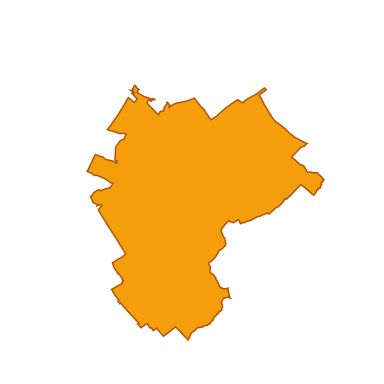 Vinderei, Vaslui, Romania (Robinson projection), rotated 146°
{"feature_id": "2599482B12696403630714", "entity_name": "Vinderei", "entity_type": "district", "adm_level": 2, "iso_a3": "ROU", "parent_name": "Romania", "parent_adm1": "Vaslui", "projection": "robinson", "projection_center": [27.79, 46.151], "detail": "fine", "context": "isolated", "style": "filled", "palette": "amber", "viewbox_px": 384, "rotation_deg": 146, "n_neighbors": 0, "source": "geoboundaries", "source_scale": "gbopen_adm2", "svg_char_len": 5961}
<svg xmlns="http://www.w3.org/2000/svg" viewBox="0 0 384 384"><g transform="rotate(146 192 192)"><path d="M299.0,167.2L299.3,166.1L298.7,166.1L298.4,163.9L298.4,162.0L298.3,161.4L298.7,157.7L298.5,156.7L300.2,156.8L300.6,155.2L313.1,156.2L313.6,149.5L313.4,147.1L312.9,143.8L314.0,143.6L314.5,142.7L314.6,142.1L314.4,141.3L314.3,139.7L313.3,139.9L312.8,135.2L312.3,132.5L312.0,129.2L311.4,125.4L309.8,115.5L309.1,113.4L311.0,113.1L310.4,109.7L310.3,108.1L302.8,108.0L302.8,106.5L303.1,103.0L301.6,102.2L301.7,99.0L301.1,98.6L297.6,99.0L296.3,88.4L290.9,88.7L290.0,88.6L280.9,89.3L278.5,74.3L278.0,72.4L278.1,71.6L276.4,72.4L272.0,75.1L271.1,75.5L270.3,75.7L269.0,75.4L267.6,75.8L265.9,75.7L264.7,76.2L263.4,76.3L262.5,76.0L259.7,74.5L258.6,74.2L256.6,74.2L254.1,72.9L252.4,73.1L251.1,72.7L249.2,73.6L248.3,73.9L246.9,73.8L246.3,74.0L245.2,74.6L245.0,75.0L244.0,75.3L243.6,75.8L242.5,76.2L241.7,76.0L240.4,76.4L239.9,76.7L237.8,76.7L236.9,77.1L236.3,77.6L235.8,77.8L234.1,77.2L232.7,78.3L231.7,78.9L230.7,80.1L229.7,82.8L229.8,83.4L229.6,83.5L227.5,85.2L225.7,86.1L224.6,86.1L224.0,85.5L222.9,85.5L221.9,85.2L220.6,84.2L219.9,83.0L219.6,82.7L219.7,83.3L219.0,84.8L218.2,87.3L217.3,89.4L216.7,90.4L216.0,92.4L216.7,92.4L219.1,93.4L219.8,94.0L220.4,95.1L221.3,96.0L221.2,96.3L221.8,96.6L221.6,100.3L221.1,102.4L220.9,104.8L220.9,105.9L220.8,106.8L220.3,107.7L220.4,108.8L220.3,109.2L220.3,110.2L220.6,111.0L220.6,111.4L220.8,112.4L221.5,113.8L221.7,115.7L221.3,116.7L221.0,117.0L219.8,118.0L219.2,119.0L218.6,119.3L218.4,119.9L218.6,120.6L218.4,121.4L218.7,122.2L218.6,122.9L217.8,123.8L215.0,123.8L213.0,124.3L212.0,124.2L209.4,124.9L206.8,125.9L206.2,126.3L205.1,126.5L204.7,127.0L202.3,128.1L201.5,128.2L200.0,128.0L198.2,128.2L194.2,129.1L193.3,129.7L192.8,130.5L190.7,135.3L191.0,138.1L190.2,140.0L190.0,141.9L189.3,144.1L188.7,144.5L187.6,145.0L186.0,145.4L184.8,146.0L184.3,145.9L183.5,146.5L181.0,146.7L180.4,147.1L177.5,147.6L177.3,146.5L176.3,145.2L175.1,144.2L175.0,143.4L171.6,143.1L169.1,143.2L168.7,141.5L169.2,140.6L169.6,139.4L169.3,138.3L166.9,138.4L166.5,138.2L166.4,137.5L164.3,137.2L158.1,135.4L155.2,135.4L152.9,135.1L150.2,134.4L148.3,133.7L145.8,133.4L143.7,132.8L141.8,132.7L141.3,132.4L140.9,130.9L140.7,130.7L134.5,131.4L132.1,132.0L130.8,131.9L130.0,131.6L128.1,131.5L127.8,131.9L126.3,131.9L123.6,132.4L121.7,133.1L119.4,134.3L119.3,133.7L117.2,134.0L117.2,133.2L110.5,134.4L97.7,137.3L96.5,134.1L94.6,127.4L94.5,126.4L93.8,125.1L93.7,123.0L92.7,121.3L90.4,121.9L87.6,123.5L86.8,123.4L86.2,123.5L85.9,124.2L85.4,124.3L85.2,123.9L84.7,123.7L83.4,123.6L82.6,124.4L82.4,125.1L81.9,125.0L80.5,125.5L80.4,125.9L80.6,126.3L79.7,127.4L79.2,127.4L78.6,127.1L78.0,127.5L77.7,128.1L76.9,127.9L75.6,128.5L75.8,129.7L76.2,130.0L76.3,130.3L76.4,131.3L76.2,131.4L76.0,132.1L76.6,133.9L76.6,134.3L76.9,134.9L77.4,138.1L77.6,138.3L78.4,138.4L79.3,139.3L80.1,139.5L80.3,140.0L82.1,141.3L82.3,142.1L85.1,143.9L85.2,145.7L84.8,147.4L85.0,150.5L85.0,151.0L84.7,151.3L85.3,152.5L86.4,153.2L87.1,154.7L87.8,157.1L88.3,159.8L89.8,165.1L77.6,168.0L76.4,168.0L73.3,167.3L71.8,167.5L70.7,167.9L69.4,167.9L70.3,169.0L73.3,174.3L76.4,180.3L77.1,183.0L78.1,185.7L79.1,189.9L79.4,192.1L79.8,193.6L83.5,204.5L83.9,208.2L83.4,220.2L83.1,223.2L83.3,224.5L82.9,225.5L82.8,227.1L82.8,228.7L82.4,229.4L82.3,231.2L82.3,234.7L73.4,235.2L73.3,235.6L73.6,237.6L75.3,237.7L80.5,237.3L85.1,237.2L94.4,238.2L97.5,237.9L100.1,237.5L101.1,239.5L101.8,241.4L102.6,243.0L111.6,243.0L113.0,242.8L114.1,242.9L117.2,242.8L127.7,241.4L131.2,241.1L135.7,241.2L135.9,241.5L136.1,242.9L136.0,248.4L136.2,250.0L135.9,254.1L136.5,255.3L136.3,256.3L136.8,257.3L137.2,264.2L137.7,268.6L143.5,269.7L148.1,271.4L155.7,274.6L157.9,275.0L159.9,275.1L162.1,275.0L163.4,274.8L163.5,275.5L161.9,275.8L162.2,279.8L162.2,280.3L162.4,280.5L164.0,278.9L165.5,278.5L166.7,277.8L167.6,277.7L168.2,277.4L169.6,275.4L170.1,275.0L171.2,275.3L171.5,275.8L171.8,275.9L172.5,275.9L172.9,276.5L173.3,276.5L173.9,276.3L176.5,274.8L177.5,278.5L177.8,280.1L177.6,280.2L177.7,280.3L179.0,286.7L179.3,290.5L178.7,291.4L178.6,291.9L178.2,292.2L176.4,292.5L175.8,292.3L175.6,290.9L175.7,290.7L175.4,290.2L175.0,290.0L174.3,290.2L173.1,290.9L172.7,290.7L172.3,289.9L171.8,289.5L171.3,289.3L171.0,289.7L172.2,291.2L173.9,291.9L175.3,294.1L176.4,295.7L178.1,297.4L181.9,305.0L179.3,306.8L178.7,306.7L179.5,308.7L179.6,309.7L179.5,310.6L179.3,310.9L179.6,312.2L180.0,312.4L180.7,312.3L181.6,311.6L183.6,310.7L183.4,309.8L184.1,309.8L184.7,309.2L184.9,309.2L185.4,310.0L185.9,310.4L185.4,309.0L184.6,308.0L184.6,307.5L184.3,307.1L184.2,306.5L185.2,306.4L185.7,306.5L186.1,307.6L186.7,307.3L185.5,300.0L186.3,299.5L189.1,298.4L189.6,298.7L190.4,300.4L192.0,305.9L195.3,304.4L199.0,302.4L210.1,297.4L214.7,295.7L222.8,292.4L227.3,291.2L226.2,289.1L225.7,288.5L224.4,287.7L223.1,285.8L221.3,283.7L219.4,281.0L218.6,280.2L216.5,279.5L214.8,277.3L214.4,276.6L219.0,273.9L222.9,274.7L224.8,273.9L229.3,272.4L230.9,271.0L231.7,270.0L233.3,267.6L236.4,263.8L237.2,262.5L238.3,261.2L236.8,259.5L238.5,258.1L239.8,260.5L240.3,261.6L241.1,262.8L242.5,264.0L242.6,264.5L242.8,264.9L243.2,265.0L245.5,267.6L245.8,268.3L246.0,270.0L246.9,271.6L248.0,272.6L250.6,276.5L251.2,277.2L265.3,268.8L266.9,267.9L267.3,267.9L267.2,267.1L264.9,264.1L264.2,261.6L263.8,260.7L263.1,260.0L262.3,259.6L261.1,258.4L258.0,253.7L256.8,251.4L256.2,250.6L254.4,245.5L253.5,244.2L252.6,243.3L253.6,243.0L254.7,242.2L255.1,242.1L257.0,241.6L258.8,241.6L260.4,242.5L265.0,243.9L267.1,244.0L267.8,245.9L272.8,246.6L276.8,245.1L278.8,245.0L279.1,241.7L279.4,241.1L279.6,239.7L279.5,239.4L279.9,239.0L279.9,238.6L277.6,234.5L278.5,233.7L277.1,233.7L276.7,233.5L276.7,233.1L274.2,232.4L274.1,231.1L279.8,229.7L280.8,205.0L280.7,201.6L280.9,199.0L280.8,194.9L281.2,189.4L281.5,177.7L285.0,177.4L285.9,177.2L289.0,177.3L292.0,177.8L294.6,177.5L297.6,177.9L299.0,172.2L299.1,171.4L298.9,169.5L299.0,167.2Z" fill="#f59e0b" stroke="#b45309" stroke-width="1.5"/></g></svg>